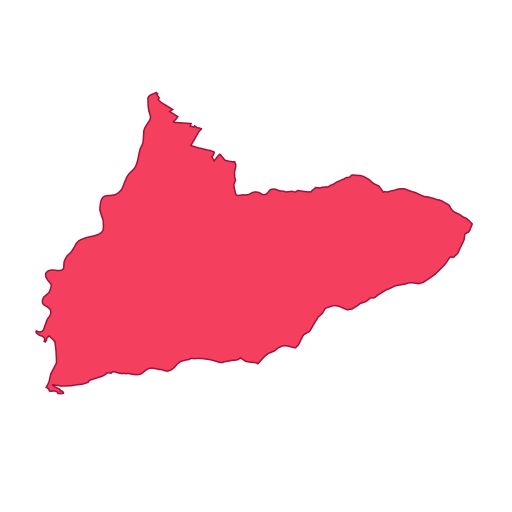 Ideciu De Jos, Mures, Romania (Robinson projection), rotated 5°
{"feature_id": "2599482B36983639581980", "entity_name": "Ideciu De Jos", "entity_type": "district", "adm_level": 2, "iso_a3": "ROU", "parent_name": "Romania", "parent_adm1": "Mures", "projection": "robinson", "projection_center": [24.799, 46.828], "detail": "fine", "context": "isolated", "style": "filled", "palette": "rose", "viewbox_px": 512, "rotation_deg": 5, "n_neighbors": 0, "source": "geoboundaries", "source_scale": "gbopen_adm2", "svg_char_len": 6054}
<svg xmlns="http://www.w3.org/2000/svg" viewBox="0 0 512 512"><g transform="rotate(5 256 256)"><path d="M189.8,135.4L190.3,134.5L190.5,134.0L188.1,133.4L186.6,133.4L185.6,133.0L183.7,131.8L183.4,131.7L183.3,132.3L182.8,133.1L180.5,132.5L179.1,132.3L179.8,129.7L163.4,130.0L162.5,129.9L162.0,129.6L164.8,126.1L166.0,124.0L157.4,119.6L160.3,117.3L148.1,111.3L144.8,108.6L145.8,107.0L144.6,105.4L143.0,103.8L143.8,102.8L142.4,101.8L140.7,102.8L138.4,103.9L136.3,105.2L135.0,106.7L134.7,107.5L134.6,108.7L135.5,116.0L136.0,118.3L136.7,121.1L138.5,125.4L138.8,127.4L138.6,128.9L138.3,129.9L135.0,136.0L133.8,138.9L133.3,141.8L133.5,146.1L133.6,151.4L133.5,152.6L133.0,154.9L131.2,159.8L130.7,163.0L130.0,169.5L129.2,173.9L128.5,176.4L127.6,178.8L125.6,181.4L123.5,183.7L121.9,185.9L120.5,188.5L119.0,192.9L117.9,196.7L116.6,200.8L115.6,202.5L113.4,205.0L111.7,206.4L109.7,207.4L106.7,208.2L102.8,208.8L100.0,209.6L98.8,210.5L97.8,211.8L97.1,213.3L96.7,215.1L96.4,218.1L96.3,221.3L96.4,223.6L96.9,225.1L98.5,229.1L100.1,232.6L100.7,234.2L101.3,238.9L101.5,242.2L101.3,244.0L99.9,246.1L97.5,248.0L93.3,249.9L85.2,252.5L80.6,254.7L78.0,256.4L75.7,259.3L74.6,262.3L71.4,268.4L67.8,272.3L66.4,275.3L65.3,278.7L65.5,284.6L64.8,286.0L63.5,287.1L61.5,287.6L59.7,287.8L54.9,287.6L52.2,288.1L50.4,288.8L48.4,290.8L48.0,291.8L48.1,293.7L48.6,295.4L50.4,298.0L52.8,300.4L54.2,302.0L54.6,303.1L54.4,305.3L53.7,308.4L52.8,310.6L47.9,315.7L47.1,318.6L47.4,321.4L48.7,323.0L51.9,324.6L55.0,326.6L56.3,328.4L56.6,331.3L55.2,334.8L54.4,335.7L53.3,338.1L50.8,347.8L49.5,349.7L47.4,350.6L45.3,350.3L43.7,349.8L43.4,350.9L44.0,351.7L45.3,352.8L46.6,353.5L47.4,353.9L50.1,354.6L51.3,355.1L52.2,356.1L52.7,357.0L52.7,357.9L52.4,359.6L53.6,360.0L54.6,358.1L54.8,355.9L57.0,353.6L59.3,355.6L62.9,358.4L62.6,358.8L62.9,359.0L63.3,359.6L65.1,368.2L66.2,376.6L66.5,379.6L66.4,380.3L61.8,391.5L60.7,399.8L58.4,405.2L60.4,406.0L62.2,408.6L63.4,408.6L66.9,408.0L68.8,408.4L70.3,409.2L70.6,410.2L73.4,410.2L76.2,409.5L76.0,408.7L75.2,407.9L74.3,407.4L73.7,407.2L72.6,407.3L72.5,406.3L71.7,405.6L69.7,404.9L66.6,403.7L64.5,402.3L64.7,401.9L65.6,401.8L67.3,402.2L70.8,402.3L72.1,402.5L73.8,402.5L83.3,401.3L87.5,400.2L93.6,399.0L95.6,398.3L97.3,397.5L99.2,396.8L99.8,396.4L100.0,395.8L100.5,395.1L101.9,393.9L105.0,392.6L113.4,389.1L115.4,387.7L116.9,386.5L117.4,385.8L118.2,385.4L119.1,385.1L120.7,385.3L121.6,385.6L123.2,383.8L125.7,383.8L129.6,384.6L132.2,384.9L134.8,384.4L136.4,384.6L137.6,384.3L138.7,384.2L139.7,384.0L141.4,384.5L145.6,384.7L147.9,384.6L149.9,384.2L151.4,383.6L152.2,383.2L156.5,379.0L158.2,377.9L160.2,377.0L162.1,376.8L165.1,376.9L168.7,377.4L172.0,377.4L176.2,378.4L177.5,378.4L178.3,378.3L181.1,377.0L182.7,375.8L184.6,373.9L187.0,370.4L189.4,368.3L190.5,367.5L192.7,366.6L193.0,366.6L195.1,365.7L195.5,365.7L196.7,365.3L197.6,365.2L198.6,364.7L200.0,363.7L203.6,363.6L208.0,363.0L212.5,362.9L219.2,363.2L226.3,364.5L228.4,365.1L231.0,365.2L235.1,363.7L238.7,362.9L240.7,362.2L244.9,361.5L247.5,360.6L249.2,358.8L252.3,360.4L254.7,361.8L258.2,362.2L264.4,362.3L266.3,362.6L267.3,363.2L273.1,355.5L276.7,352.0L282.3,349.2L284.0,347.7L285.9,345.7L288.1,344.5L289.9,343.4L292.6,342.8L295.3,342.9L302.2,344.0L303.3,344.0L305.9,341.0L309.6,331.7L310.5,330.2L315.7,326.6L316.6,325.2L320.0,317.8L323.4,311.2L325.3,309.4L327.3,307.0L328.4,304.5L329.7,302.1L331.1,301.3L337.0,298.9L339.0,298.5L343.2,298.8L345.8,299.8L351.8,301.7L353.2,301.1L354.2,301.0L356.5,300.3L361.4,296.6L364.1,294.1L366.7,293.1L369.6,291.6L370.6,290.9L373.1,288.3L373.9,287.8L374.4,287.6L376.9,287.5L377.8,287.1L381.3,283.9L388.6,278.4L392.0,276.8L394.5,275.2L397.8,273.4L407.8,270.7L410.6,269.4L413.1,269.1L415.9,269.1L420.6,269.4L425.0,267.6L429.7,263.9L435.6,259.0L440.0,253.9L445.4,247.3L449.4,240.0L452.3,240.2L453.0,239.9L453.5,239.5L454.5,238.2L455.5,237.2L456.9,235.3L457.3,234.4L458.3,231.2L461.6,222.6L462.0,220.6L462.0,217.8L462.3,215.9L462.9,215.3L465.5,213.8L466.6,211.9L468.1,207.2L468.6,205.2L466.4,203.4L465.0,201.9L463.9,201.5L463.2,201.1L463.0,200.6L462.6,200.3L458.5,198.9L456.2,197.4L454.9,196.8L450.5,195.2L448.7,194.2L447.6,193.4L445.5,191.1L444.5,189.2L444.3,188.7L436.5,185.0L433.4,184.1L433.1,184.3L432.3,184.2L429.7,183.7L428.2,183.2L426.5,182.9L425.8,182.9L425.6,183.0L423.3,182.3L421.6,182.1L419.3,182.2L418.6,182.1L416.0,181.4L408.7,178.7L407.6,178.7L405.1,178.0L404.6,178.0L398.3,176.2L395.4,176.3L392.0,176.8L387.8,178.6L386.2,179.0L383.0,180.1L381.6,180.8L379.0,180.7L377.0,181.2L376.6,180.8L376.2,180.0L374.9,178.5L373.9,177.5L372.3,175.6L367.4,173.8L365.7,172.8L362.4,170.3L361.0,169.5L359.2,168.7L355.8,167.3L352.6,166.7L348.4,166.9L346.2,166.8L345.2,166.9L344.0,167.3L343.4,167.9L343.0,168.8L342.5,169.2L341.4,169.6L339.6,169.9L337.8,170.9L336.9,171.7L336.1,171.9L335.5,172.2L334.8,172.7L329.6,175.5L327.1,177.6L325.5,178.5L324.3,178.9L322.7,180.2L321.0,181.1L319.5,181.1L317.8,181.5L316.5,181.6L315.6,181.8L314.9,182.3L314.0,182.6L309.3,182.6L308.4,183.9L306.9,185.2L306.0,186.1L305.4,187.2L302.6,187.6L295.3,187.4L293.4,187.1L292.6,187.1L291.6,187.3L290.0,188.6L289.5,188.8L289.0,188.9L286.9,188.5L286.0,188.4L280.5,189.6L278.2,189.1L274.9,189.1L273.3,188.9L269.8,187.9L268.9,187.8L267.2,187.9L266.0,188.1L264.4,188.8L263.5,190.0L261.9,192.3L260.5,193.7L258.2,194.3L256.3,193.9L254.5,192.9L252.5,192.3L249.9,192.2L247.3,192.9L245.6,193.9L243.6,195.3L240.7,196.1L237.7,196.2L232.8,197.3L230.8,196.7L230.5,196.2L229.9,194.8L228.3,189.4L227.8,188.2L227.8,186.4L229.0,182.3L228.8,181.4L228.2,180.3L228.0,179.9L227.8,178.7L227.8,177.8L227.4,176.1L227.3,175.6L227.5,173.3L227.4,172.0L227.8,170.9L227.9,170.5L228.0,167.4L227.9,166.9L226.5,163.9L226.0,164.1L224.7,164.2L223.1,164.0L220.5,164.0L219.0,163.6L218.3,163.7L217.6,163.5L216.3,162.9L212.5,158.9L211.1,157.7L210.5,158.2L209.3,159.8L207.3,163.0L206.0,164.8L203.2,160.8L203.9,160.3L204.6,159.2L204.9,158.4L205.2,157.6L205.3,156.1L200.7,154.7L200.3,154.8L199.1,154.8L192.9,153.7L189.9,153.4L186.4,152.7L181.5,151.6L188.8,136.0L189.3,135.8L189.8,135.4Z" fill="#f43f5e" stroke="#9f1239" stroke-width="1.5"/></g></svg>